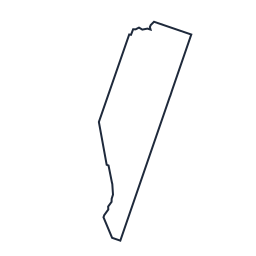 Greenlee, Arizona, United States of America, rotated 19°
{"feature_id": "52423323B93647130667122", "entity_name": "Greenlee", "entity_type": "district", "adm_level": 2, "iso_a3": "USA", "parent_name": "United States of America", "parent_adm1": "Arizona", "projection": "natural_earth1", "projection_center": [-109.179, 33.102], "detail": "fine", "context": "isolated", "style": "outline", "palette": "slate", "viewbox_px": 256, "rotation_deg": 19, "n_neighbors": 0, "source": "geoboundaries", "source_scale": "gbopen_adm2", "svg_char_len": 695}
<svg xmlns="http://www.w3.org/2000/svg" viewBox="0 0 256 256"><g transform="rotate(19 128 128)"><path d="M157.4,19.0L118.0,19.1L116.0,23.2L115.8,25.4L117.3,27.6L114.0,27.7L109.5,30.3L105.7,29.5L103.1,32.2L100.7,33.0L100.5,38.9L98.7,39.2L98.5,131.8L119.8,169.7L121.8,169.8L130.5,184.7L131.4,186.1L135.5,195.9L135.6,200.3L136.5,203.2L134.8,208.7L135.9,211.5L133.9,218.1L133.9,220.4L148.7,237.0L157.4,237.0L157.4,201.4L157.4,195.8L157.4,195.0L157.4,194.4L157.4,193.9L157.4,180.3L157.4,133.4L157.4,129.6L157.4,122.3L157.4,122.2L157.4,110.8L157.4,104.1L157.4,85.6L157.4,84.9L157.4,84.4L157.5,84.0L157.4,78.4L157.4,43.7L157.4,25.2L157.4,19.0Z" fill="none" stroke="#1e293b" stroke-width="2"/></g></svg>